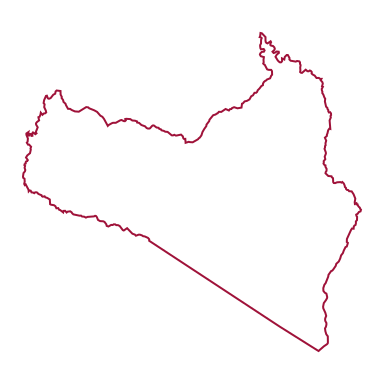 Araguaçu, Tocantins, Brazil (Natural Earth projection)
{"feature_id": "56859067B84817791137165", "entity_name": "Araguaçu", "entity_type": "district", "adm_level": 2, "iso_a3": "BRA", "parent_name": "Brazil", "parent_adm1": "Tocantins", "projection": "natural_earth1", "projection_center": [-49.734, -12.841], "detail": "fine", "context": "isolated", "style": "outline", "palette": "rose", "viewbox_px": 384, "rotation_deg": 0, "n_neighbors": 0, "source": "geoboundaries", "source_scale": "gbopen_adm2", "svg_char_len": 5856}
<svg xmlns="http://www.w3.org/2000/svg" viewBox="0 0 384 384"><path d="M321.4,78.9L320.1,78.9L318.8,77.9L316.5,78.0L314.7,75.6L312.5,74.4L311.6,73.5L311.8,72.1L310.8,70.9L309.8,70.5L308.7,71.3L307.4,71.2L305.7,69.7L302.0,72.9L300.9,72.7L300.1,72.0L300.4,70.4L300.2,67.6L300.6,65.1L300.0,63.9L300.0,62.4L299.4,61.4L297.0,61.0L295.8,61.6L290.6,60.7L289.4,59.5L289.5,58.0L287.8,55.0L286.7,55.0L284.8,56.9L284.3,59.5L282.0,58.4L282.1,61.1L281.3,62.2L280.1,62.4L279.2,61.9L277.8,60.5L275.5,56.8L276.8,54.6L278.9,52.9L278.7,51.7L276.7,51.5L274.8,52.7L273.6,53.0L272.5,51.7L274.5,49.8L274.8,48.7L274.3,47.3L273.0,46.0L271.0,45.6L270.3,44.9L270.5,43.5L271.1,42.2L270.6,41.3L267.5,43.4L266.5,43.0L265.7,41.9L265.5,40.6L265.5,37.1L261.9,33.3L260.5,33.0L260.2,35.9L259.7,37.1L260.8,37.4L261.7,38.1L261.1,39.7L261.0,43.6L260.3,44.7L260.1,45.8L260.4,48.2L261.0,49.3L263.7,49.0L264.6,50.4L263.9,51.7L261.8,51.9L260.3,53.4L259.9,54.6L260.8,56.2L263.9,57.1L263.5,59.9L263.7,62.4L263.2,63.5L263.8,64.3L264.7,64.7L267.1,69.3L268.4,69.8L271.2,69.9L272.0,71.2L272.1,74.7L271.2,75.7L270.1,78.3L267.0,79.5L266.2,80.4L265.0,81.0L263.8,82.1L263.0,83.6L262.9,85.2L261.4,86.0L259.5,88.5L257.7,90.3L257.1,91.9L256.1,92.8L254.5,92.8L253.0,95.3L251.2,96.3L249.5,99.4L246.9,100.9L244.6,101.4L243.0,103.3L242.0,103.7L241.5,107.6L237.5,108.3L234.1,107.2L232.0,108.1L231.4,109.0L229.9,109.2L228.9,110.5L225.6,109.0L221.3,111.9L218.9,111.8L217.5,113.4L216.7,113.6L215.6,114.5L213.2,115.2L209.5,119.7L209.2,121.1L206.5,124.6L206.3,126.1L204.3,128.9L202.5,132.0L201.4,135.4L199.7,137.7L198.7,138.3L198.1,139.2L192.7,142.3L189.8,142.1L188.8,141.8L185.6,142.8L185.3,138.9L184.3,139.1L183.4,138.4L182.8,136.3L181.0,134.6L176.7,135.5L175.6,135.5L174.3,134.8L173.0,135.4L171.7,135.3L167.6,131.9L165.2,131.7L163.9,130.9L161.5,130.3L161.0,129.4L159.2,128.8L158.6,127.8L156.5,127.5L153.9,125.5L153.0,125.4L152.1,125.9L150.0,128.3L149.1,128.6L147.7,128.5L146.6,128.0L145.0,126.3L141.4,125.0L139.1,122.9L137.1,122.5L137.0,121.4L135.0,120.7L132.3,120.5L130.3,119.1L126.1,118.8L125.2,119.1L125.8,120.4L124.9,121.2L123.8,121.1L121.5,120.0L120.3,120.3L115.8,122.8L113.0,122.8L111.7,123.3L108.5,125.1L107.8,125.9L104.0,118.9L102.4,116.8L100.4,115.7L97.1,111.9L94.2,110.3L89.2,108.3L88.3,107.4L86.2,107.1L78.8,111.7L74.9,111.4L71.9,110.1L70.1,108.9L68.0,108.8L65.9,105.0L65.5,103.7L63.5,101.9L63.1,100.0L61.6,98.0L61.8,96.9L60.6,94.6L60.5,91.0L56.6,90.5L55.6,91.5L55.2,93.7L53.3,94.7L50.7,98.0L49.3,98.7L48.4,98.7L47.7,98.0L46.9,95.7L46.0,95.9L44.1,100.2L43.6,103.1L44.6,104.3L44.2,107.1L45.8,110.6L46.2,112.4L45.2,113.3L43.8,113.5L42.5,114.8L40.8,112.7L40.5,114.5L39.6,116.7L38.4,117.2L39.1,120.4L37.0,122.0L36.0,123.3L36.1,124.6L37.7,127.3L35.7,132.3L36.5,133.3L35.4,134.2L33.0,132.4L32.3,133.3L32.4,135.8L31.5,135.9L31.1,134.1L29.7,133.9L29.2,135.5L28.1,135.6L27.8,134.6L28.4,132.1L26.4,133.5L26.4,134.8L27.9,138.5L27.6,141.7L26.8,142.7L28.1,144.7L29.1,144.6L31.1,146.8L30.5,148.5L30.8,149.6L30.0,153.2L27.3,155.4L26.0,157.5L27.8,160.1L27.2,161.1L26.1,161.5L25.6,162.4L25.7,163.5L24.6,164.2L24.4,165.2L25.1,165.9L24.6,167.8L25.3,170.0L24.9,171.4L23.5,173.1L23.0,176.5L23.2,177.8L24.5,178.7L24.7,181.7L24.2,183.9L24.8,185.1L25.7,184.4L28.5,189.7L28.7,191.3L29.5,190.4L30.7,190.7L31.5,192.4L33.0,192.5L34.2,193.2L35.2,192.3L36.5,192.3L37.4,192.7L38.1,193.7L39.2,194.3L41.5,195.2L41.9,196.2L42.7,196.7L44.6,196.3L45.3,197.3L47.2,197.9L49.8,199.5L50.1,204.2L51.0,204.7L54.0,205.2L55.4,206.2L56.4,208.3L58.2,208.1L59.2,209.8L60.1,210.0L63.2,212.4L63.5,210.9L65.1,210.8L66.6,212.5L67.5,211.7L70.2,211.3L71.6,212.3L72.2,213.3L73.4,214.4L79.6,215.7L81.0,215.6L82.0,216.5L84.2,216.7L85.9,217.6L87.5,216.9L94.0,216.4L95.1,215.8L96.1,216.1L96.9,217.2L98.0,219.9L100.1,221.1L103.2,221.3L104.5,221.9L106.3,224.3L106.7,225.9L108.4,226.5L111.2,224.9L112.7,225.0L113.8,224.3L115.2,224.4L116.2,225.1L117.9,225.1L119.7,226.0L122.8,230.1L123.8,230.5L127.1,228.2L132.4,233.7L134.9,234.6L135.9,235.7L138.6,234.7L140.0,234.7L142.0,235.4L143.1,236.2L144.7,236.4L148.0,237.9L149.2,239.3L149.2,240.8L279.7,326.6L318.5,351.0L323.9,346.3L327.0,344.2L327.7,343.4L327.9,342.3L327.8,336.3L326.3,334.3L325.4,331.3L325.0,328.4L325.9,326.8L326.4,324.7L326.4,323.0L325.3,321.0L325.1,319.8L325.2,318.4L326.2,315.9L325.3,312.7L323.3,308.4L323.1,306.7L323.8,303.1L326.1,299.9L327.1,298.0L327.2,297.0L326.4,293.6L324.8,292.7L323.4,290.9L323.3,288.1L324.4,284.7L325.6,283.2L327.0,279.7L328.2,276.7L328.5,274.8L331.1,271.1L332.3,270.6L333.3,269.4L335.7,265.9L336.3,263.8L338.8,261.5L340.2,258.5L341.1,255.4L342.9,253.1L343.8,250.5L345.5,247.1L346.8,246.5L347.9,242.9L346.8,242.0L346.9,239.0L351.0,230.0L352.0,228.5L353.6,228.7L353.8,226.5L354.4,225.6L355.5,225.0L355.9,223.4L355.9,221.4L357.0,220.1L357.1,216.8L356.4,215.8L356.2,214.6L357.6,213.8L358.9,212.0L360.5,211.4L361.0,209.7L360.1,208.7L359.8,207.6L358.9,206.9L358.0,205.7L357.5,204.3L356.6,204.4L356.4,203.2L354.9,203.9L354.7,202.2L355.3,198.6L353.6,194.3L351.7,191.4L349.1,191.2L348.3,190.1L347.0,189.9L346.0,188.9L345.9,187.8L344.9,187.0L344.7,185.6L343.8,183.5L342.3,182.0L341.5,182.6L340.4,182.1L337.1,182.3L335.1,183.1L333.8,183.0L333.2,182.1L333.0,178.2L331.9,177.3L331.5,176.3L328.3,176.0L325.5,173.3L325.7,172.1L326.5,170.9L326.6,168.9L325.4,166.7L325.5,165.4L324.4,164.9L323.5,163.6L323.8,162.6L323.7,161.1L325.3,159.2L324.7,156.7L325.9,153.6L325.8,152.3L324.5,148.8L325.0,147.6L325.0,146.1L325.6,145.4L325.5,143.1L326.2,140.7L324.9,137.7L326.9,135.9L326.9,134.5L327.4,133.6L328.1,130.5L328.6,129.6L329.4,128.6L330.3,128.9L329.6,120.4L330.8,117.5L330.5,116.0L331.1,115.1L331.0,113.4L330.1,112.2L329.0,112.5L328.3,111.4L328.3,110.1L327.5,109.0L327.3,107.8L326.1,106.7L324.9,101.5L325.2,98.7L324.4,97.5L323.3,94.5L322.3,93.1L322.4,91.7L321.9,90.4L321.7,89.0L322.9,86.8L322.0,86.3L322.8,83.7L322.4,82.2L320.7,80.2L321.4,78.9Z" fill="none" stroke="#9f1239" stroke-width="2"/></svg>